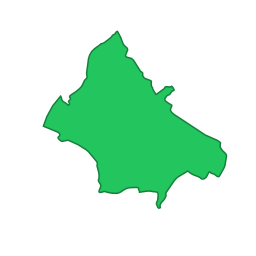 an SVG outline of Mambéré-Kadéï, rotated 59°
{"feature_id": "CAF-801", "entity_name": "Mambéré-Kadéï", "entity_type": "Prefecture", "adm_level": 1, "iso_a3": "CAF", "parent_name": "Central African Republic", "parent_adm1": "", "projection": "natural_earth1", "projection_center": [15.964, 4.523], "detail": "fine", "context": "isolated", "style": "filled", "palette": "green", "viewbox_px": 256, "rotation_deg": 59, "n_neighbors": 0, "source": "natural_earth", "source_scale": "10m", "svg_char_len": 3355}
<svg xmlns="http://www.w3.org/2000/svg" viewBox="0 0 256 256"><g transform="rotate(59 128 128)"><path d="M71.5,162.2L70.6,161.4L70.2,159.2L70.1,154.4L69.3,149.4L68.7,147.1L67.6,144.8L65.1,141.2L64.6,140.1L64.1,138.0L63.7,137.1L62.8,136.6L59.7,135.3L48.3,126.2L45.7,123.3L43.8,119.8L42.8,115.8L42.3,109.5L41.9,108.1L42.0,107.6L42.3,106.6L42.6,104.6L42.6,103.8L41.6,95.9L41.2,94.9L40.8,94.1L40.5,93.2L40.7,91.0L40.4,90.2L39.9,89.5L39.6,88.5L39.7,87.3L40.7,87.3L46.5,87.6L52.9,88.8L54.5,88.8L55.9,88.6L58.5,87.7L59.3,87.6L60.1,87.8L61.0,88.2L61.1,88.3L63.7,91.8L64.6,92.7L65.0,93.0L65.4,93.1L66.1,92.9L67.2,92.0L70.3,89.1L72.3,88.5L74.1,88.3L85.8,88.1L86.9,87.6L87.4,87.3L87.8,87.1L88.7,87.2L90.3,88.2L90.6,88.3L91.2,88.5L93.3,88.3L93.7,88.2L94.3,87.9L98.7,84.4L99.5,84.0L99.9,83.9L100.3,84.1L101.2,84.8L104.1,86.3L105.7,86.3L106.2,86.3L106.6,86.4L107.3,86.7L107.9,86.8L113.4,86.8L113.8,86.6L113.0,77.4L112.8,76.5L112.4,75.8L112.2,75.4L112.0,74.9L112.2,74.3L112.4,73.7L114.5,70.8L114.7,70.1L114.7,69.5L114.7,69.1L115.1,68.9L115.9,68.7L118.1,68.7L119.0,68.9L119.4,69.2L119.2,70.8L119.3,71.5L119.5,72.2L120.3,74.1L120.6,74.9L120.7,75.4L120.6,76.0L120.5,76.5L120.4,77.0L120.4,77.5L120.5,78.2L120.7,78.8L122.1,81.5L122.8,81.9L124.0,82.0L128.1,80.3L130.1,79.1L130.9,78.8L131.6,79.0L132.0,79.5L132.9,80.8L133.6,81.7L134.7,82.4L136.0,82.6L137.9,82.3L140.2,81.5L173.8,65.4L184.3,58.0L186.8,56.7L188.5,56.4L190.2,57.8L191.5,58.6L193.5,58.9L196.3,58.6L199.1,57.8L200.8,57.5L202.0,57.6L202.9,58.1L210.2,64.3L211.7,66.3L216.4,74.5L216.4,75.4L216.0,76.0L215.4,76.5L212.8,77.5L211.8,78.0L211.1,78.6L210.1,79.6L209.6,80.0L209.1,80.1L208.1,80.3L207.9,80.4L207.7,80.5L207.5,80.8L207.5,81.1L207.6,81.4L210.5,86.3L210.8,88.7L210.6,89.3L210.3,90.2L209.8,90.9L209.1,91.3L208.4,91.6L207.9,91.7L207.2,92.0L206.3,92.5L200.9,96.7L198.0,98.1L196.6,98.5L196.2,98.7L195.7,99.3L195.7,110.1L195.9,111.8L196.8,114.9L197.4,116.4L203.1,128.8L203.8,129.5L205.4,130.1L206.7,131.6L207.7,133.4L208.4,135.2L209.1,137.8L209.5,138.6L210.7,140.2L210.9,140.6L211.3,140.7L212.9,141.3L212.7,142.8L212.2,143.1L211.4,143.3L208.0,142.8L207.7,142.7L207.1,142.3L206.0,141.0L205.5,140.2L205.0,139.6L200.7,136.5L199.9,136.1L199.1,136.0L198.4,136.0L197.8,136.3L197.0,137.2L195.2,139.6L194.3,140.5L192.3,143.3L189.0,151.2L188.4,150.9L186.3,150.5L184.8,150.0L184.1,150.4L183.3,151.4L180.4,156.6L179.6,158.4L179.2,159.7L179.0,161.0L178.9,163.6L179.1,167.1L179.0,168.2L178.9,169.3L178.6,170.2L178.1,171.6L175.3,175.7L172.5,178.8L170.9,180.2L170.5,180.7L170.1,181.2L169.4,184.0L169.1,184.7L168.8,185.3L168.3,185.6L167.8,185.7L167.0,185.2L164.5,182.0L163.7,181.2L162.8,180.8L161.9,180.6L159.2,180.7L158.3,180.6L157.5,180.3L157.0,179.8L156.6,179.2L155.8,178.5L152.8,176.7L151.1,176.0L144.9,174.2L144.3,173.9L143.7,173.5L143.2,173.0L142.7,172.6L142.1,172.3L141.1,172.2L139.6,172.3L127.9,174.1L125.0,175.1L116.7,179.3L108.6,184.9L107.4,186.1L105.7,190.9L105.3,191.6L104.5,192.2L103.5,192.6L101.5,193.1L100.5,193.0L99.9,192.7L99.4,190.7L99.2,190.4L98.8,190.1L98.4,189.8L97.7,189.7L97.1,189.7L96.1,190.0L94.6,190.9L83.3,199.3L82.9,199.6L82.2,198.8L76.4,191.6L70.2,181.1L66.0,169.4L67.2,169.4L69.5,170.1L70.7,170.2L72.1,169.9L74.9,168.4L76.5,167.9L77.9,167.2L77.7,166.3L76.9,165.6L75.8,165.4L74.8,165.4L74.3,164.9L74.1,163.7L73.6,162.5L72.6,162.0L71.5,162.2Z" fill="#22c55e" stroke="#15803d" stroke-width="1.5"/></g></svg>